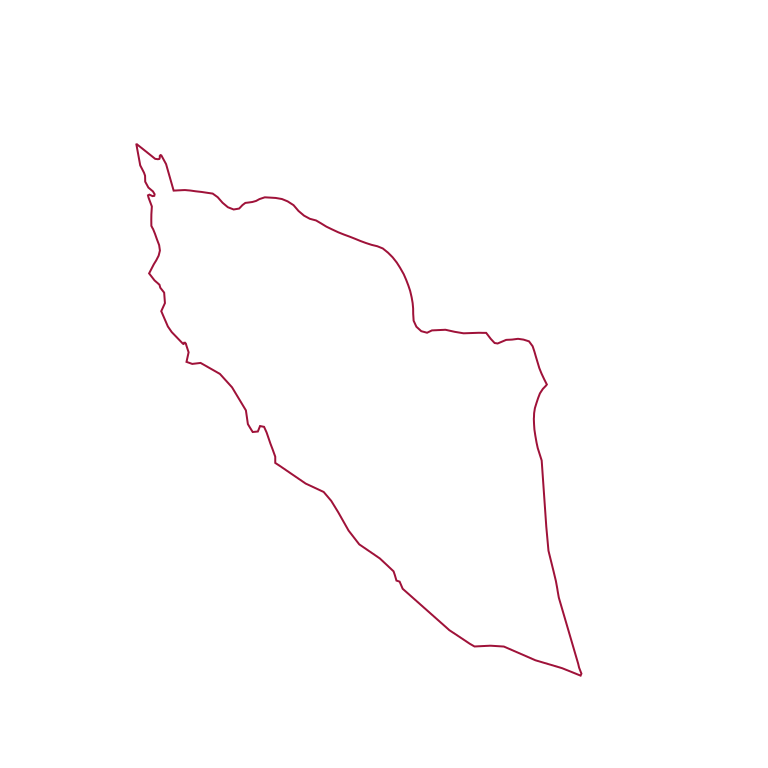 outline of Washhah, Hajjah, Yemen, rotated 135°
{"feature_id": "15242507B45949371630165", "entity_name": "Washhah", "entity_type": "district", "adm_level": 2, "iso_a3": "YEM", "parent_name": "Yemen", "parent_adm1": "Hajjah", "projection": "equal_earth", "projection_center": [43.377, 16.335], "detail": "fine", "context": "isolated", "style": "outline", "palette": "rose", "viewbox_px": 768, "rotation_deg": 135, "n_neighbors": 0, "source": "geoboundaries", "source_scale": "gbopen_adm2", "svg_char_len": 2751}
<svg xmlns="http://www.w3.org/2000/svg" viewBox="0 0 768 768"><g transform="rotate(135 384 384)"><path d="M269.2,268.5L267.4,274.0L265.2,280.1L262.9,285.5L260.2,290.5L257.4,295.7L254.7,300.6L252.2,305.6L251.3,311.6L251.9,312.8L254.0,316.8L257.3,321.2L262.1,324.9L266.4,328.8L275.0,332.3L276.8,334.8L276.6,340.4L275.6,347.9L281.1,353.5L291.9,363.6L297.1,370.9L302.2,378.9L312.2,388.0L317.3,389.8L320.3,395.0L320.6,401.6L318.3,407.8L314.5,412.1L314.0,412.7L310.0,416.8L306.5,421.0L303.4,425.4L303.0,426.0L299.7,431.3L297.1,436.5L294.7,441.9L292.4,447.7L290.4,455.0L289.1,460.8L288.3,467.6L288.3,473.9L289.0,480.7L291.3,486.1L294.4,491.2L297.1,496.5L299.5,501.7L301.8,507.2L304.1,512.5L306.7,518.1L309.1,523.7L311.6,530.6L313.5,536.1L314.9,542.0L316.4,547.7L319.6,553.2L321.5,559.6L322.1,566.8L321.5,574.4L323.0,581.3L324.8,585.6L325.4,587.0L329.0,592.1L332.8,596.4L336.3,600.3L341.3,602.8L345.0,603.9L348.4,605.8L352.1,608.6L354.0,610.1L357.6,610.6L361.4,610.5L362.4,610.5L366.9,613.7L369.4,619.4L370.0,626.3L369.5,633.7L370.5,639.8L373.8,644.2L377.2,648.8L380.8,653.3L384.1,657.7L387.7,662.0L392.0,665.9L396.0,669.5L382.6,693.6L379.8,703.1L380.2,703.9L381.3,703.8L382.6,702.5L383.7,702.0L384.9,702.8L386.6,705.0L387.1,709.6L389.3,728.9L389.2,729.2L401.9,710.8L401.9,710.6L404.3,703.1L405.7,700.2L409.8,695.9L411.7,689.5L411.2,683.5L412.0,680.4L413.4,679.5L414.8,680.5L416.0,683.8L417.5,684.3L418.8,682.1L422.6,673.7L428.6,668.4L432.6,664.5L436.7,660.3L437.6,657.5L437.7,656.9L439.7,652.2L442.2,647.0L444.8,641.2L448.1,636.8L452.6,634.1L457.6,632.5L462.2,631.4L471.9,628.3L473.0,619.6L472.6,612.9L474.1,610.3L474.8,604.4L474.9,604.0L481.7,596.1L490.0,593.0L496.2,577.4L496.3,576.7L497.4,570.8L497.7,554.7L497.5,554.1L497.0,554.0L496.2,554.5L495.5,553.9L495.6,552.5L496.4,551.2L499.5,545.1L499.7,544.6L508.0,539.3L505.4,533.8L498.8,528.6L494.6,513.4L492.9,507.1L493.8,489.1L495.5,482.3L500.3,463.0L508.6,451.9L509.6,448.0L510.8,442.9L506.8,439.6L501.4,441.9L499.1,438.5L501.3,432.7L506.5,422.1L509.0,416.5L512.3,409.5L515.0,406.8L516.7,405.1L515.5,399.3L513.0,386.0L509.8,369.0L503.0,350.3L503.9,339.3L503.9,338.9L506.7,327.2L507.0,325.9L512.7,305.4L514.9,288.1L510.3,263.6L510.1,257.8L509.7,244.8L511.4,241.3L514.2,236.2L512.7,233.2L515.6,226.0L511.9,164.6L511.9,163.9L507.0,139.6L505.6,134.4L493.8,123.7L484.9,113.6L472.3,81.6L459.0,57.1L451.2,38.8L449.2,39.6L447.9,42.6L446.6,45.5L444.5,48.9L411.4,109.4L407.2,115.4L406.5,116.3L401.8,123.1L396.4,131.9L385.6,149.8L370.1,168.4L326.6,218.4L323.6,224.2L320.6,230.0L317.5,234.8L313.5,240.5L310.4,244.7L309.8,245.5L306.3,249.5L302.6,253.5L301.4,254.5L298.5,257.2L294.4,260.2L289.5,262.8L284.9,265.1L280.4,267.1L275.2,268.2L270.4,268.3L269.2,268.5Z" fill="none" stroke="#9f1239" stroke-width="2"/></g></svg>